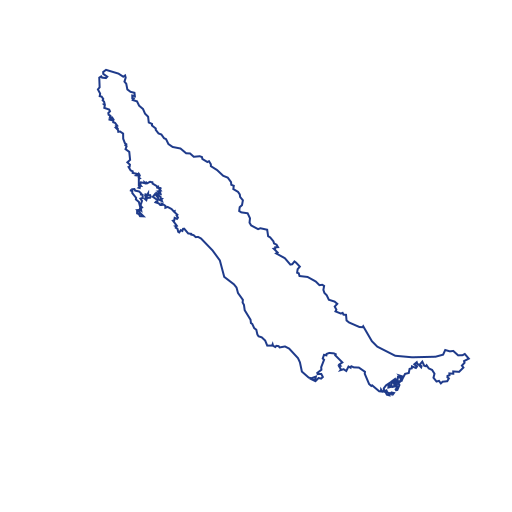 the district of Halmahera Barat, Maluku Utara, Indonesia, rotated 307°
{"feature_id": "22746128B52341022582766", "entity_name": "Halmahera Barat", "entity_type": "district", "adm_level": 2, "iso_a3": "IDN", "parent_name": "Indonesia", "parent_adm1": "Maluku Utara", "projection": "natural_earth1", "projection_center": [127.539, 1.359], "detail": "fine", "context": "isolated", "style": "outline", "palette": "blue", "viewbox_px": 512, "rotation_deg": 307, "n_neighbors": 0, "source": "geoboundaries", "source_scale": "gbopen_adm2", "svg_char_len": 6092}
<svg xmlns="http://www.w3.org/2000/svg" viewBox="0 0 512 512"><g transform="rotate(307 256 256)"><path d="M294.8,463.7L289.8,464.8L283.6,460.0L269.1,441.7L260.1,427.2L256.6,407.4L257.7,399.8L264.4,383.9L263.3,384.0L261.5,381.3L258.9,370.3L259.0,367.1L263.2,363.3L261.8,361.2L262.7,359.4L261.1,358.4L259.6,352.8L261.5,352.5L263.0,349.3L266.7,349.7L266.9,346.2L264.9,340.5L267.2,336.1L267.7,332.8L269.5,330.2L273.1,328.4L272.9,326.3L270.9,324.2L271.6,319.1L270.3,309.8L266.2,302.8L267.9,300.6L267.4,298.9L270.5,297.2L273.9,297.4L274.8,292.0L274.8,290.0L271.2,289.9L269.8,288.6L271.6,280.4L270.2,270.5L271.8,271.1L272.5,265.8L273.6,266.8L274.5,266.1L276.3,268.2L277.4,265.6L276.9,262.8L278.2,261.1L279.4,256.1L279.1,253.8L283.7,249.1L280.8,242.8L278.7,241.5L277.5,233.7L278.7,230.8L282.5,228.5L285.1,223.6L282.0,218.0L281.8,215.5L285.2,213.6L288.2,214.2L292.6,212.0L293.6,207.8L295.4,206.0L296.4,203.0L295.8,197.6L298.7,196.0L298.0,193.4L300.0,191.6L301.6,186.3L300.3,181.5L301.2,173.3L300.6,165.9L302.1,164.7L303.4,161.4L301.8,160.6L301.2,154.8L302.5,153.3L301.8,151.0L297.8,146.6L298.2,141.6L296.0,138.4L296.4,131.0L292.9,123.8L292.7,118.7L295.2,113.8L294.7,111.7L296.1,107.3L295.2,104.4L296.4,100.0L297.5,99.2L297.6,94.4L298.9,93.5L298.1,90.0L302.3,86.0L302.9,81.7L305.4,77.3L305.7,72.2L307.9,67.9L306.4,63.8L308.4,63.6L307.5,62.3L309.7,60.6L310.8,63.0L313.2,60.7L311.6,57.0L311.6,53.0L315.5,48.7L316.1,46.0L320.0,44.6L321.4,42.8L319.3,42.1L318.9,36.4L314.4,24.2L311.0,23.2L309.5,24.4L309.7,29.3L307.8,29.1L305.8,25.7L306.3,24.3L304.1,23.5L296.6,29.6L293.9,29.5L291.9,33.8L289.6,35.0L290.4,36.8L289.5,39.5L288.1,39.8L287.8,41.8L286.2,43.8L285.6,43.3L285.5,44.5L283.0,45.7L284.6,50.6L283.7,52.3L281.3,52.0L280.1,53.3L280.4,55.2L278.9,55.8L280.1,57.6L279.4,59.5L276.4,56.1L278.3,60.5L276.9,61.5L277.5,63.3L276.5,66.8L275.4,66.1L274.7,68.2L274.0,67.3L273.6,69.9L272.3,71.3L273.6,72.5L273.8,76.2L269.7,79.4L267.2,83.4L267.2,85.1L265.9,85.0L265.8,86.6L262.8,87.5L262.9,92.1L257.0,97.6L253.4,96.9L253.1,100.3L251.3,101.3L250.4,100.7L248.9,104.4L249.4,106.6L248.1,107.5L250.4,112.4L248.3,111.8L249.3,113.7L251.0,113.1L250.4,114.7L248.1,115.1L248.1,116.5L247.1,116.0L241.8,120.0L242.8,121.8L243.1,120.7L245.6,119.8L247.0,122.9L247.7,122.4L247.5,123.9L248.6,124.0L248.3,125.2L251.5,126.7L252.3,128.7L253.1,128.2L251.6,129.9L252.1,134.6L251.3,135.7L252.4,136.2L251.5,137.0L253.2,139.5L251.3,138.5L250.8,140.6L248.8,138.9L249.0,141.3L248.1,142.5L246.6,139.2L245.6,141.5L245.9,144.0L244.7,145.3L245.1,146.5L244.2,146.3L243.3,147.8L242.5,144.0L243.5,143.0L244.8,138.1L241.2,138.0L241.4,143.5L239.5,145.0L239.0,143.4L238.4,143.4L239.5,146.7L239.1,148.8L240.0,150.0L241.0,149.1L241.3,149.9L241.5,153.5L240.0,154.6L242.0,155.9L242.7,160.3L242.1,163.5L242.9,164.0L242.0,164.6L241.6,168.4L240.6,168.2L239.6,170.6L238.1,170.6L237.5,168.1L235.1,169.3L234.2,168.5L232.5,174.5L231.4,173.7L231.5,174.7L230.3,174.9L230.5,176.9L228.5,179.3L228.6,180.5L231.4,180.4L231.7,182.1L233.8,181.4L234.6,182.2L233.2,188.3L234.7,190.9L234.1,191.4L235.1,193.6L234.8,196.5L236.4,198.3L236.9,201.6L234.3,217.9L230.7,229.8L220.2,243.2L220.1,255.4L219.1,259.4L215.6,263.9L213.1,271.9L210.8,273.3L209.7,275.8L205.9,279.6L201.8,290.0L199.4,292.3L199.5,293.9L197.3,298.0L197.3,300.6L194.1,304.4L193.4,306.4L194.5,309.5L194.0,314.2L191.2,318.9L194.1,322.8L195.5,322.4L194.6,323.6L194.9,326.2L196.5,326.3L197.6,328.3L197.2,329.9L201.2,333.6L202.0,338.2L199.7,351.0L197.5,355.1L191.3,362.2L190.6,371.3L191.7,373.8L195.7,376.4L192.9,377.7L191.2,375.8L191.8,378.8L196.2,379.4L197.3,381.8L199.6,382.2L201.1,379.1L198.8,376.3L199.5,375.3L204.5,376.7L206.4,375.0L214.1,372.8L214.3,371.0L218.0,369.8L219.0,372.0L220.3,371.3L222.7,372.9L225.1,376.8L225.5,378.8L224.4,379.0L223.0,389.0L219.4,387.8L219.1,389.5L218.0,388.5L216.5,392.2L215.7,392.2L218.3,394.1L218.5,397.3L223.4,396.4L223.7,398.7L224.4,398.3L225.3,398.5L225.9,401.1L228.8,405.3L229.1,412.7L227.4,413.7L221.8,423.4L221.6,426.3L222.6,426.6L222.1,435.8L223.0,437.3L224.6,436.3L223.8,438.6L225.6,439.3L227.2,437.7L231.0,437.7L234.7,439.0L232.8,440.0L233.6,442.1L237.4,439.8L240.3,440.7L237.3,441.9L238.3,443.4L237.2,443.4L237.6,444.4L235.2,444.4L235.8,445.9L236.7,444.8L236.9,446.4L237.4,445.3L238.0,446.0L235.2,447.9L233.5,447.8L233.1,448.7L234.1,449.5L239.3,448.2L240.1,445.6L239.4,443.1L241.1,440.8L240.8,442.7L241.7,442.1L242.0,443.7L244.9,442.1L245.7,445.4L243.6,446.4L244.0,447.4L246.1,446.9L246.9,442.5L247.9,445.3L247.0,445.1L247.1,446.7L251.6,446.0L254.5,448.4L258.3,446.6L260.0,448.0L261.7,447.0L262.8,451.1L264.5,451.1L264.8,447.6L267.9,448.3L266.5,450.3L267.2,451.0L266.5,454.9L267.6,454.5L267.4,453.2L268.5,452.2L271.7,452.4L269.6,456.4L270.2,458.0L271.4,458.0L270.2,461.6L271.0,465.2L269.4,469.4L265.6,471.0L264.4,475.7L266.4,477.3L265.5,480.3L267.9,480.7L271.1,484.1L274.3,483.7L274.3,481.9L275.5,481.1L277.2,482.3L278.6,481.1L280.7,484.4L282.5,483.0L285.7,487.9L291.7,488.8L292.4,486.4L296.2,486.8L297.3,485.4L302.1,487.7L303.4,481.7L301.1,480.7L298.3,477.2L298.9,470.7L296.5,468.2L294.8,463.7ZM233.9,117.7L232.7,115.8L233.3,118.2L231.8,119.3L230.3,125.3L228.9,126.0L228.7,129.9L225.1,134.4L223.4,135.0L223.3,136.9L225.0,135.1L226.2,135.8L226.9,133.3L231.4,131.8L232.3,129.2L234.2,130.6L236.6,128.6L235.9,127.1L236.8,126.7L237.2,123.8L235.5,120.2L236.3,118.6L234.8,117.0L233.9,117.7ZM222.9,135.5L221.1,133.5L220.8,134.9L220.1,134.2L218.5,135.4L219.0,137.2L218.0,139.4L220.0,142.3L220.8,136.5L222.9,135.5ZM238.7,130.6L237.6,131.1L237.7,132.7L236.4,132.4L235.5,133.9L234.7,133.1L234.6,134.8L236.7,134.0L238.9,136.4L240.1,136.0L240.9,134.9L239.6,133.3L241.2,132.1L239.4,132.3L238.7,130.6ZM227.2,441.0L224.5,439.5L225.3,441.3L224.0,444.0L225.0,446.4L226.4,444.8L226.2,442.8L227.2,441.0ZM240.7,443.7L239.7,443.8L240.6,446.4L242.9,446.8L240.7,443.7ZM233.0,441.6L232.3,439.8L230.6,440.9L232.3,442.2L233.0,441.6ZM228.0,448.6L229.6,448.6L228.9,447.1L228.0,448.6ZM227.1,446.9L228.0,446.6L227.3,445.7L227.1,446.9ZM241.5,121.6L239.9,121.2L240.3,122.2L241.5,121.6ZM233.9,444.1L233.9,442.9L233.5,442.5L233.3,443.6L233.9,444.1Z" fill="none" stroke="#1e3a8a" stroke-width="2"/></g></svg>